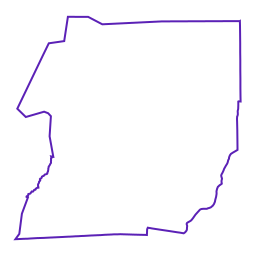 Menaka, Gao, Mali
{"feature_id": "8926073B3742503303790", "entity_name": "Menaka", "entity_type": "district", "adm_level": 2, "iso_a3": "MLI", "parent_name": "Mali", "parent_adm1": "Gao", "projection": "orthographic", "projection_center": [2.874, 16.667], "detail": "fine", "context": "isolated", "style": "outline", "palette": "violet", "viewbox_px": 256, "rotation_deg": 0, "n_neighbors": 0, "source": "geoboundaries", "source_scale": "gbopen_adm2", "svg_char_len": 3358}
<svg xmlns="http://www.w3.org/2000/svg" viewBox="0 0 256 256"><path d="M15.4,239.2L17.7,239.1L23.9,238.8L27.7,238.7L30.3,238.5L37.0,238.1L43.6,237.9L47.5,237.7L49.2,237.6L55.8,237.3L62.1,237.0L67.8,236.7L68.4,236.7L72.5,236.5L75.3,236.3L78.4,236.2L81.3,236.0L84.3,235.9L90.9,235.5L93.5,235.4L97.9,235.2L100.7,235.1L104.6,234.8L111.6,234.5L114.4,234.3L118.2,234.3L120.3,234.2L123.2,234.3L130.1,234.5L133.0,234.6L140.8,234.8L145.5,234.9L146.9,235.0L147.0,232.9L147.1,230.0L147.2,229.1L147.4,228.7L147.6,228.2L147.8,227.7L148.9,227.9L150.8,228.2L151.7,228.4L160.9,229.8L170.3,231.2L177.4,232.3L179.7,232.6L183.7,233.3L185.0,232.4L185.3,232.1L186.3,230.9L186.8,229.9L186.9,229.4L187.0,227.3L187.2,226.0L187.0,225.2L186.7,224.4L186.7,223.7L187.0,223.0L187.4,222.7L187.8,222.4L188.9,221.8L190.5,220.9L190.8,220.7L191.7,219.8L193.2,217.9L193.8,217.0L195.5,214.6L198.2,211.6L198.6,211.2L199.8,209.8L200.1,209.6L200.5,209.4L200.9,209.2L201.5,209.0L202.4,208.9L203.2,208.8L205.8,208.8L206.9,208.8L207.6,208.4L209.4,207.9L210.7,207.4L211.4,206.9L211.9,206.4L212.8,205.7L214.1,203.8L214.6,202.4L214.9,201.9L215.3,199.7L216.1,196.8L216.4,194.9L216.5,194.4L216.5,194.2L216.6,193.1L216.5,192.1L216.5,191.2L216.7,190.4L217.0,189.1L217.4,188.0L217.9,186.8L218.5,186.3L219.5,185.3L220.3,184.8L221.7,183.8L221.7,183.7L221.8,183.2L221.6,182.7L221.5,181.0L221.7,180.0L221.9,179.2L221.9,178.8L222.0,178.7L221.9,178.1L221.6,177.4L221.4,176.6L221.2,175.7L221.3,175.1L221.6,174.3L222.3,173.1L222.6,172.5L223.3,171.0L223.5,170.5L223.7,170.1L223.8,169.7L224.0,169.1L224.3,168.5L225.1,167.1L225.7,166.0L227.2,163.6L227.6,162.6L227.8,161.9L228.0,161.0L228.2,160.2L229.0,158.7L229.0,158.2L229.1,157.3L229.3,156.8L229.9,155.3L230.5,154.5L230.9,153.9L232.9,152.6L236.2,150.7L237.5,149.9L237.5,148.1L237.4,138.8L237.3,130.4L237.2,125.9L237.1,121.6L237.0,119.0L237.1,117.1L237.1,116.7L237.5,115.8L237.6,115.3L237.8,114.7L237.8,114.1L237.8,113.2L237.7,111.3L237.7,111.0L237.9,110.2L238.2,108.9L238.2,108.4L238.3,105.4L238.3,103.6L238.3,101.5L238.4,101.4L239.4,101.4L240.6,101.5L240.5,96.5L240.4,87.7L240.4,78.4L240.3,69.6L240.3,60.0L240.2,51.9L240.2,43.5L240.1,33.7L240.0,25.6L239.9,21.5L239.9,21.0L239.7,21.1L161.9,21.4L102.3,24.3L88.2,16.9L67.9,16.8L64.2,41.1L48.8,43.3L42.8,55.6L17.3,108.7L25.8,117.0L44.1,111.7L48.1,113.2L50.9,116.2L49.6,136.3L53.3,156.8L51.1,156.4L51.3,157.0L51.8,157.6L51.3,157.9L51.0,158.3L51.0,159.1L51.1,160.3L50.9,161.1L51.0,161.8L51.0,162.6L50.9,163.1L50.4,163.7L50.0,164.6L49.5,165.5L48.7,166.6L48.6,167.3L48.6,167.7L48.3,168.4L48.3,169.7L48.0,171.0L48.0,171.4L47.8,171.7L47.2,173.1L47.3,173.5L47.0,173.9L45.5,174.4L44.9,174.5L44.2,175.2L43.7,175.9L42.6,176.2L41.9,176.7L41.7,177.6L41.3,178.2L40.8,178.6L40.2,178.7L39.9,179.1L40.0,179.7L40.2,180.5L39.9,180.9L39.1,181.6L39.1,182.1L38.9,182.9L38.1,184.3L38.0,185.0L38.1,185.4L38.0,186.1L38.3,186.7L38.4,187.2L38.4,187.7L37.7,187.7L37.0,187.9L36.2,188.4L35.7,188.8L35.6,189.2L35.6,189.5L35.4,189.7L35.1,189.8L34.8,189.7L34.1,190.0L33.5,190.9L33.2,191.4L32.9,191.6L32.5,191.7L32.1,191.6L31.7,191.5L31.4,192.0L31.1,192.3L30.8,192.8L30.6,193.3L30.0,193.7L29.6,193.8L28.9,193.9L28.4,194.0L28.2,194.2L28.2,194.9L28.2,195.4L28.2,195.6L28.1,195.8L27.8,196.1L27.3,196.1L26.8,196.2L26.6,196.4L26.5,196.7L26.5,196.9L27.9,197.5L21.9,213.7L19.3,233.9L15.4,239.2L15.4,239.2Z" fill="none" stroke="#5b21b6" stroke-width="2"/></svg>